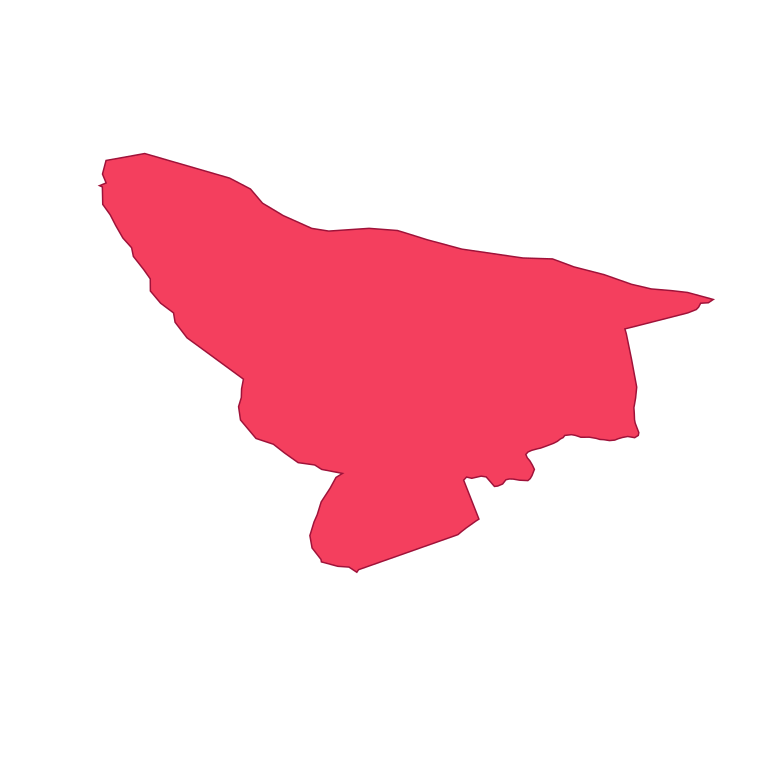 Ajaokuta, Kogi, Nigeria (Equal Earth projection), rotated 279°
{"feature_id": "59680162B23949108035203", "entity_name": "Ajaokuta", "entity_type": "district", "adm_level": 2, "iso_a3": "NGA", "parent_name": "Nigeria", "parent_adm1": "Kogi", "projection": "equal_earth", "projection_center": [6.529, 7.503], "detail": "fine", "context": "isolated", "style": "filled", "palette": "rose", "viewbox_px": 768, "rotation_deg": 279, "n_neighbors": 0, "source": "geoboundaries", "source_scale": "gbopen_adm2", "svg_char_len": 1771}
<svg xmlns="http://www.w3.org/2000/svg" viewBox="0 0 768 768"><g transform="rotate(279 384 384)"><path d="M193.8,386.6L196.6,387.9L246.8,480.6L250.5,483.8L254.7,487.7L263.1,496.3L265.4,498.9L301.5,477.7L305.0,480.1L304.6,485.4L308.2,494.4L308.2,499.5L300.1,509.1L301.0,512.3L303.8,516.8L308.5,519.4L309.8,522.6L310.3,526.5L310.2,532.9L311.1,541.2L313.4,543.2L316.7,544.5L323.2,545.9L327.0,543.3L330.8,540.2L333.6,537.0L336.6,535.1L339.4,536.9L341.6,540.3L343.9,545.4L345.2,548.7L348.0,553.8L352.0,560.8L354.5,564.2L357.3,566.8L359.1,569.3L361.5,570.6L363.3,577.1L363.2,580.9L362.7,584.1L362.2,586.7L362.9,591.0L363.6,595.0L363.5,602.1L363.0,605.9L363.4,609.8L363.4,615.6L364.7,620.7L366.6,623.9L368.5,627.9L370.3,632.9L370.2,640.0L373.0,643.2L375.8,643.3L384.7,638.2L388.0,637.0L394.1,635.8L399.8,634.5L402.3,634.6L409.6,634.7L420.4,634.1L446.9,624.7L471.7,615.4L476.1,613.3L482.2,627.6L501.8,673.0L506.4,680.8L509.1,682.7L513.3,684.1L515.0,691.7L519.0,696.0L521.9,669.5L521.2,653.3L519.7,633.1L521.2,612.8L526.4,584.5L529.4,553.2L533.9,530.9L530.2,501.6L530.1,495.3L529.4,439.9L533.2,404.2L536.8,379.9L537.7,373.2L535.4,344.9L526.4,305.5L526.4,288.3L534.6,258.0L543.6,235.7L555.7,221.6L563.2,199.3L574.2,111.6L561.3,74.5L547.3,73.1L539.1,78.1L535.4,72.0L534.6,75.0L517.4,78.1L508.3,87.1L498.6,94.2L487.3,103.3L479.1,113.4L470.8,116.5L459.6,128.6L451.3,136.7L439.3,138.7L428.8,150.8L421.3,165.0L412.3,168.0L398.8,182.2L366.8,244.4L356.9,244.1L348.3,245.2L338.9,243.9L326.0,247.9L310.2,266.1L307.2,284.2L300.4,296.4L292.9,311.5L293.2,328.2L289.9,335.8L289.2,357.0L284.2,351.2L272.7,347.1L257.7,340.4L244.4,338.5L236.9,336.5L222.7,334.5L210.8,338.6L200.9,349.2L198.5,350.0L196.7,366.9L197.7,378.0L193.8,386.6Z" fill="#f43f5e" stroke="#9f1239" stroke-width="1.5"/></g></svg>